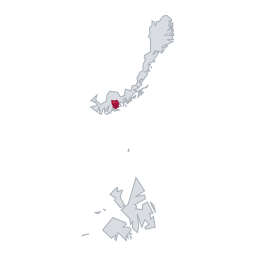 Alta nor, Finnmark, Norway shown in context, rotated 180°
{"feature_id": "86288312B22085656530390", "entity_name": "Alta nor", "entity_type": "district", "adm_level": 2, "iso_a3": "NOR", "parent_name": "Norway", "parent_adm1": "Finnmark", "projection": "mercator", "projection_center": [23.025, 70.046], "detail": "fine", "context": "in_parent", "style": "filled", "palette": "rose", "viewbox_px": 256, "rotation_deg": 180, "n_neighbors": 0, "source": "geoboundaries", "source_scale": "gbopen_adm2", "svg_char_len": 6620}
<svg xmlns="http://www.w3.org/2000/svg" viewBox="0 0 256 256"><g transform="rotate(180 128 128)"><path d="M135.6,158.8L130.9,161.0L131.6,162.5L130.4,166.8L125.1,165.1L123.9,170.2L120.3,170.8L118.2,174.7L119.1,177.8L116.1,183.8L113.1,185.2L112.9,191.6L110.3,197.0L111.7,197.9L111.6,200.6L105.6,204.2L105.5,217.2L107.8,219.6L106.0,221.9L106.6,227.7L104.0,231.0L103.9,235.2L101.3,233.6L100.6,229.9L99.2,234.6L97.3,234.0L92.8,239.9L89.1,240.6L84.4,236.4L84.7,234.6L86.3,235.5L87.1,234.7L85.6,234.1L87.2,231.2L83.2,233.3L83.7,230.7L86.6,229.6L85.1,229.3L86.4,226.9L89.1,225.1L86.4,226.2L83.2,230.7L83.4,227.9L85.0,227.6L83.2,225.6L84.8,224.0L83.1,224.3L82.8,221.7L89.3,222.3L91.1,220.6L83.1,220.7L83.8,218.7L82.5,216.1L86.0,216.7L88.3,216.2L83.2,214.2L92.6,210.3L88.3,210.3L90.9,207.7L94.3,209.5L92.8,207.3L94.1,204.1L101.1,205.1L103.3,201.2L98.9,204.8L97.3,203.4L103.4,194.1L106.7,193.1L108.0,191.3L105.5,191.8L108.3,186.5L107.5,185.4L111.5,183.9L108.6,184.4L108.9,181.1L111.8,177.2L115.9,176.6L112.8,176.0L114.5,173.5L116.5,175.4L116.8,173.9L113.9,171.5L117.8,167.9L118.8,170.9L118.4,167.2L122.7,166.2L119.4,165.3L124.5,159.8L125.0,157.0L126.9,158.4L126.1,156.8L129.5,153.9L129.4,157.4L131.5,152.6L130.8,158.2L132.9,156.5L132.5,152.9L136.8,153.7L134.8,149.9L139.0,148.6L141.2,152.3L145.7,142.5L148.9,144.4L146.6,151.1L151.2,143.4L151.5,148.3L152.7,147.3L154.7,141.7L157.2,142.8L155.6,145.7L156.8,145.8L156.6,149.8L158.6,143.9L165.4,148.9L158.4,150.8L161.4,154.5L165.3,155.3L159.0,161.0L160.2,157.0L159.6,155.2L155.2,151.5L149.8,155.0L148.8,161.3L146.2,164.8L138.2,163.7L135.6,158.8ZM118.6,23.4L123.6,28.0L123.1,35.3L125.4,31.4L126.3,37.4L134.9,46.1L127.8,51.9L120.0,78.4L111.4,65.2L120.7,59.3L111.7,61.2L110.4,57.3L121.5,51.3L119.2,49.9L120.3,47.3L113.6,46.4L113.4,51.3L108.7,54.1L103.0,42.6L106.3,42.6L105.0,36.9L102.5,39.6L100.8,28.7L110.4,26.9L111.2,28.6L106.8,32.1L111.3,36.1L114.1,28.6L118.9,42.2L117.2,29.6L118.6,23.4ZM129.7,15.4L137.8,23.4L140.1,15.4L141.1,16.4L140.4,20.9L144.5,17.7L153.4,26.0L143.1,38.5L130.9,33.5L129.5,31.7L133.0,28.9L126.4,28.7L124.9,25.6L126.9,23.7L123.9,21.7L128.4,22.2L127.9,18.2L129.7,20.1L129.7,15.4ZM135.6,48.4L141.5,55.5L140.4,57.9L146.1,61.5L139.4,68.5L138.2,68.0L139.0,64.5L133.5,65.9L135.8,58.9L131.2,50.3L135.6,48.4ZM117.0,165.1L119.5,163.7L112.2,168.3L115.9,164.6L116.1,160.8L118.2,158.8L117.0,165.1ZM121.0,158.0L124.4,157.7L120.4,160.6L121.0,158.0ZM124.3,155.8L129.3,151.9L126.6,156.0L124.3,155.8ZM100.5,43.4L104.5,51.0L105.4,54.2L102.2,50.6L100.5,43.4ZM114.7,161.2L115.3,164.6L112.6,163.8L114.7,161.2ZM141.5,144.4L139.5,147.0L136.8,145.9L139.9,145.4L141.5,144.4ZM141.8,146.3L140.9,149.3L139.8,148.5L141.8,146.3ZM109.2,168.5L111.8,167.8L109.0,169.9L109.2,168.5ZM173.6,20.7L167.0,22.3L173.9,20.3L173.6,20.7ZM157.6,42.4L161.4,43.4L155.6,44.3L157.6,42.4ZM147.4,142.3L149.4,141.6L150.1,142.2L147.4,142.3ZM143.1,145.5L142.7,147.1L142.2,145.7L143.1,145.5ZM132.6,150.0L132.5,151.6L131.8,151.0L132.6,150.0ZM127.9,104.7L127.6,106.6L126.7,105.1L127.9,104.7ZM152.8,46.8L151.1,46.4L150.9,45.4L152.8,46.8ZM101.9,194.0L102.4,195.1L101.0,194.8L101.9,194.0ZM129.2,149.6L130.2,150.2L130.8,151.2L129.2,149.6ZM125.1,17.6L125.8,19.8L124.7,19.0L125.1,17.6ZM94.8,203.4L93.2,203.5L94.9,202.9L94.8,203.4ZM92.5,205.1L92.0,205.9L91.7,205.5L92.5,205.1ZM108.5,170.3L107.7,171.4L108.6,169.5L108.5,170.3ZM82.9,225.9L82.8,227.2L82.6,225.6L82.9,225.9ZM106.9,185.6L106.5,184.7L107.0,184.8L106.9,185.6ZM161.8,153.0L161.6,154.3L161.5,154.1L161.8,153.0ZM107.3,186.5L106.4,186.7L107.5,186.3L107.3,186.5ZM104.6,188.5L104.7,189.3L104.3,189.1L104.6,188.5ZM82.5,220.6L82.1,221.4L82.2,220.8L82.5,220.6Z" fill="#d9dde1" stroke="#a8b0b8" stroke-width="1"/><path d="M137.6,151.6L137.5,151.8L137.5,152.0L137.6,152.3L137.6,152.5L137.8,152.6L138.1,152.8L138.3,152.8L138.5,153.0L138.3,153.3L138.6,153.4L138.6,153.5L138.4,153.8L138.3,154.1L138.6,154.3L138.6,154.5L138.7,154.9L139.3,155.4L139.5,155.2L139.7,154.9L140.6,155.0L141.1,154.8L141.6,154.8L143.9,155.2L143.8,154.9L143.9,154.7L143.9,153.9L143.6,152.2L143.5,152.3L142.9,152.1L143.1,151.2L142.8,150.6L142.5,150.0L142.4,149.7L142.4,149.0L141.9,148.8L141.7,148.7L141.5,149.0L141.4,149.2L141.5,149.2L141.5,149.3L142.0,149.3L141.9,149.4L141.7,149.5L141.5,149.4L141.3,149.5L141.2,149.5L141.4,149.7L141.2,149.6L140.9,149.7L140.8,149.8L141.1,149.9L141.3,149.8L141.5,149.8L141.3,149.9L141.3,150.0L141.1,150.0L140.8,150.1L140.7,150.0L140.8,150.4L141.2,150.4L141.1,150.5L140.9,150.5L141.0,150.6L140.9,150.6L141.1,150.8L141.2,151.0L141.3,151.0L141.2,151.1L140.8,151.2L140.7,151.3L140.6,151.5L140.8,151.6L141.1,151.9L141.3,151.9L141.6,151.9L141.7,152.0L141.6,152.3L141.3,152.4L141.2,152.3L141.3,152.3L141.2,152.3L141.0,152.2L140.9,152.2L140.9,152.3L140.7,152.5L140.4,152.7L140.4,152.8L140.3,152.7L140.2,152.7L140.2,152.8L140.2,152.7L140.3,152.6L140.5,152.5L140.5,152.4L140.4,152.4L140.4,152.1L140.3,151.8L140.2,151.8L140.3,151.8L140.2,151.9L140.2,152.0L140.1,151.9L139.9,151.7L140.0,151.7L140.0,151.4L140.0,151.2L140.0,150.9L139.8,151.0L139.7,151.1L139.2,151.3L138.9,151.4L138.5,151.6L138.1,151.6L137.8,151.9L137.7,151.8L137.9,151.6L138.0,151.6L138.3,151.4L138.5,151.4L138.8,151.4L139.0,151.3L139.2,151.2L139.4,151.2L139.5,151.1L139.4,151.0L139.5,151.0L139.6,150.9L139.8,150.7L139.7,150.6L139.9,150.6L139.9,150.4L139.8,150.2L139.4,150.2L139.2,150.1L138.9,150.1L138.7,150.2L138.8,150.1L138.6,149.9L138.5,150.0L138.5,149.9L138.4,149.8L138.2,149.7L138.2,149.8L138.2,150.0L138.2,149.9L138.3,150.0L138.2,150.2L138.4,150.4L138.5,150.5L138.6,151.0L138.8,151.2L138.6,151.2L138.4,151.1L138.2,151.2L138.0,151.3L137.8,151.3L137.7,151.4L137.7,151.5L137.6,151.6ZM139.5,148.3L139.7,148.5L139.9,148.8L140.0,148.7L140.0,148.8L140.1,149.0L140.3,148.8L140.3,148.6L140.4,148.3L140.4,148.6L140.4,148.8L140.2,148.9L140.2,149.0L140.2,149.3L140.3,149.3L140.2,149.4L140.3,149.4L140.4,149.5L140.5,149.6L140.8,149.4L141.2,149.2L141.0,148.9L140.9,148.9L141.1,148.9L141.4,148.9L141.4,148.7L141.5,148.7L141.4,148.5L141.4,148.4L141.2,148.3L140.9,148.1L140.4,147.9L140.1,148.4L139.9,148.4L139.6,148.4L139.5,148.3ZM138.4,149.5L138.6,149.6L138.8,149.7L139.0,149.7L139.1,149.8L139.7,149.8L139.9,149.9L140.0,149.9L140.1,149.7L140.0,149.4L139.9,149.4L139.9,149.2L139.7,149.1L139.6,148.9L139.5,149.0L139.5,148.9L139.5,149.0L139.4,149.1L139.4,148.9L139.4,148.7L139.3,148.4L139.2,148.5L139.2,148.8L139.1,149.0L139.1,148.8L139.1,148.7L139.0,148.4L139.0,148.6L139.1,148.8L138.9,149.0L139.0,149.1L138.9,149.1L139.0,149.2L139.0,149.3L138.9,149.4L138.7,149.4L138.7,149.5L138.5,149.4L138.4,149.5ZM140.8,150.7L140.7,150.7L140.6,150.8L140.8,150.9L141.0,150.8L140.8,150.7Z" fill="#f43f5e" stroke="#9f1239" stroke-width="1.5"/></g></svg>